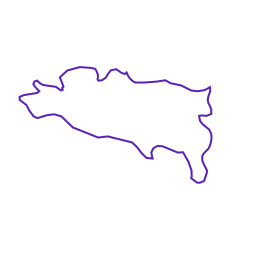 map outline of Lodi (Robinson projection), rotated 159°
{"feature_id": "ITA-5448", "entity_name": "Lodi", "entity_type": "Province", "adm_level": 1, "iso_a3": "ITA", "parent_name": "Italy", "parent_adm1": "", "projection": "robinson", "projection_center": [9.573, 45.269], "detail": "fine", "context": "isolated", "style": "outline", "palette": "violet", "viewbox_px": 256, "rotation_deg": 159, "n_neighbors": 0, "source": "natural_earth", "source_scale": "10m", "svg_char_len": 1330}
<svg xmlns="http://www.w3.org/2000/svg" viewBox="0 0 256 256"><g transform="rotate(159 128 128)"><path d="M87.0,58.4L85.8,60.2L83.9,65.7L83.7,75.0L85.3,85.6L90.3,87.2L102.5,98.7L107.2,100.7L111.8,99.9L115.1,96.6L116.0,90.7L121.4,93.4L124.3,99.5L126.4,106.9L129.4,113.1L149.9,127.4L159.3,129.8L179.3,148.3L186.0,162.7L192.1,167.3L199.1,169.0L209.0,169.7L211.9,172.6L213.9,179.7L214.6,185.9L219.1,193.1L218.0,195.9L213.3,196.0L200.3,193.3L197.6,194.2L199.7,199.0L200.7,202.8L198.7,204.9L195.8,204.8L194.4,201.7L191.9,198.6L180.5,192.2L177.2,187.1L175.3,187.1L175.2,188.9L174.8,189.2L174.3,189.2L173.4,189.7L173.5,199.7L164.1,203.4L151.4,202.2L141.4,197.6L137.6,195.1L137.1,193.3L137.0,188.4L137.8,186.3L139.0,184.3L138.7,182.8L135.0,181.9L130.7,183.0L127.1,185.8L123.2,188.0L117.9,187.1L114.2,181.7L111.5,179.5L109.4,180.3L109.2,176.7L108.4,173.4L107.0,170.4L104.9,167.8L97.3,164.9L89.5,162.5L84.7,161.1L76.1,159.2L72.0,154.4L63.4,148.9L55.2,140.1L49.3,137.2L42.7,135.9L36.9,136.7L38.0,132.9L41.9,128.4L43.6,125.4L44.0,122.4L43.6,119.0L43.6,115.4L45.2,111.3L50.4,111.2L54.6,113.3L57.3,113.8L58.2,109.0L57.1,105.0L52.9,97.7L52.3,93.3L53.3,89.4L55.4,85.4L58.1,81.9L60.8,79.6L66.5,77.1L68.8,75.1L70.2,71.4L70.3,68.6L69.5,60.2L70.4,58.0L75.9,51.3L80.6,51.1L83.1,52.3L87.0,58.4Z" fill="none" stroke="#5b21b6" stroke-width="2"/></g></svg>